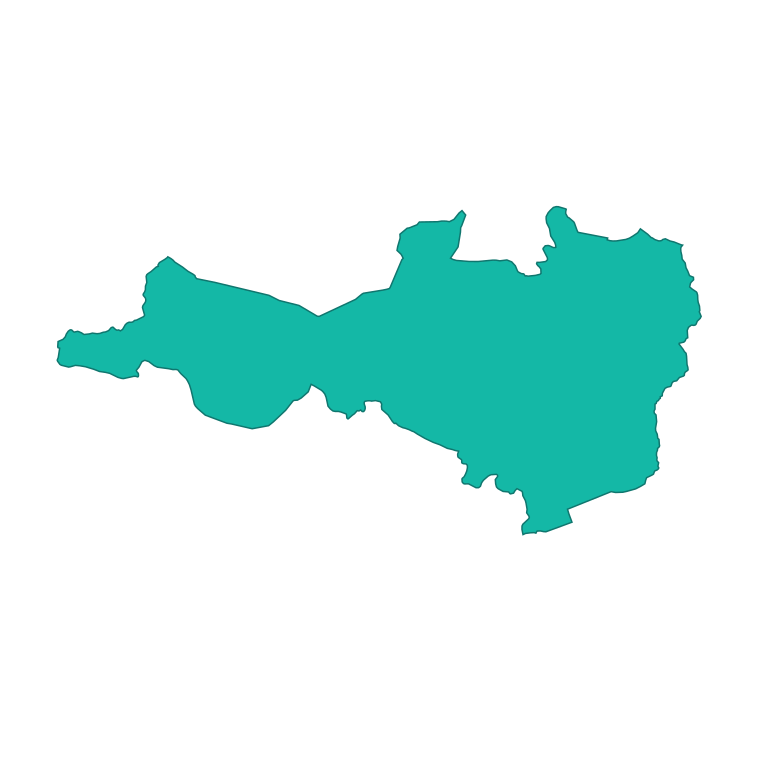 Lomas de Sargentillo, Guayas, Ecuador, rotated 264°
{"feature_id": "8360857B38256129042157", "entity_name": "Lomas de Sargentillo", "entity_type": "district", "adm_level": 2, "iso_a3": "ECU", "parent_name": "Ecuador", "parent_adm1": "Guayas", "projection": "mercator", "projection_center": [-80.083, -1.835], "detail": "fine", "context": "isolated", "style": "filled", "palette": "teal", "viewbox_px": 768, "rotation_deg": 264, "n_neighbors": 0, "source": "geoboundaries", "source_scale": "gbopen_adm2", "svg_char_len": 6141}
<svg xmlns="http://www.w3.org/2000/svg" viewBox="0 0 768 768"><g transform="rotate(264 384 384)"><path d="M533.1,182.3L532.4,181.7L530.9,179.1L528.2,173.3L526.2,171.8L525.2,171.6L524.6,171.8L524.2,169.8L520.1,164.0L518.5,160.9L517.5,159.5L515.9,158.7L509.7,158.7L506.3,157.0L502.5,156.5L500.4,155.4L499.0,154.2L498.1,153.8L497.2,153.9L494.6,155.6L493.1,155.9L491.5,155.7L490.2,155.1L487.2,152.5L486.1,152.0L485.2,151.8L477.5,153.1L476.2,152.1L473.4,144.5L473.3,142.6L471.9,140.5L471.8,139.0L472.1,136.9L471.4,134.8L470.1,133.0L465.6,129.7L464.4,127.4L465.5,125.8L465.4,124.0L466.3,122.7L468.8,120.5L468.9,120.0L468.6,118.6L465.9,115.7L464.9,112.6L464.8,110.1L464.0,106.7L464.0,103.9L465.1,99.3L464.6,96.2L464.6,90.8L466.5,88.5L467.8,86.2L468.4,84.9L468.0,81.4L468.4,80.7L470.3,79.1L470.6,78.3L470.6,77.4L469.5,75.5L466.9,73.3L464.3,72.0L462.0,69.5L460.3,64.3L455.1,63.4L454.2,63.6L453.5,65.2L444.4,62.8L441.9,61.5L440.7,61.8L437.4,63.7L436.4,65.0L433.8,72.1L433.9,73.9L434.8,79.0L433.9,83.4L432.3,89.1L428.9,97.1L426.2,102.3L424.7,108.2L423.3,112.3L418.4,120.1L416.9,123.9L416.6,125.5L417.8,136.1L417.6,137.9L416.8,139.8L417.1,140.4L418.0,140.7L419.8,140.8L420.7,140.5L422.2,139.4L423.5,139.1L426.3,142.0L431.4,145.5L432.5,148.1L432.4,149.0L430.9,152.4L426.3,157.3L424.4,160.4L421.7,171.5L420.4,175.6L420.2,178.7L419.6,180.4L415.6,183.0L410.1,187.7L407.5,189.0L403.8,190.4L398.3,191.5L383.8,193.3L381.7,194.2L379.1,196.1L371.7,203.0L361.4,223.7L360.2,228.1L353.3,248.2L354.6,264.9L357.9,270.0L368.1,283.4L376.5,291.6L377.1,292.7L377.0,296.3L378.7,300.2L384.1,307.8L391.3,311.5L389.4,314.4L384.4,321.0L383.0,322.3L380.2,324.1L376.6,325.1L367.8,326.0L364.7,328.1L362.5,330.4L361.8,332.7L361.5,335.7L360.7,338.1L358.2,343.2L357.3,343.5L354.1,343.5L353.1,344.4L353.1,344.8L356.3,349.3L357.5,351.5L360.3,354.6L359.8,356.3L360.6,358.1L359.0,359.3L358.7,360.2L358.8,361.0L360.0,362.1L361.4,362.7L363.2,362.9L366.0,362.3L367.4,362.3L368.0,362.5L368.8,363.3L369.0,366.2L368.8,368.3L368.3,369.8L368.4,373.8L366.7,378.6L364.3,379.6L361.9,379.1L358.9,379.2L352.7,384.9L345.9,388.4L343.8,390.0L343.5,390.9L343.8,391.7L341.0,394.1L339.9,395.9L338.5,398.3L337.8,400.4L335.9,404.3L334.2,407.0L333.4,408.7L330.6,412.1L325.5,419.2L320.8,426.9L317.7,433.3L313.4,440.2L311.6,445.4L310.5,447.7L309.4,451.2L306.5,449.9L304.6,449.8L303.4,450.1L300.7,453.1L299.7,453.3L298.0,453.1L297.1,453.4L296.4,454.7L295.9,457.3L294.4,458.4L292.0,458.2L288.8,457.2L285.8,455.6L283.4,454.0L282.1,452.1L281.4,451.6L278.4,451.5L276.7,452.6L276.2,453.7L275.9,457.6L271.2,464.7L271.0,467.3L272.2,469.2L275.6,470.8L277.9,472.8L281.6,478.1L282.6,480.8L282.4,486.4L281.6,487.3L280.6,487.4L280.0,487.2L277.3,484.7L273.0,484.6L269.9,485.1L268.2,486.3L267.4,487.3L264.7,491.2L263.6,496.7L261.9,497.7L261.5,498.4L261.9,501.4L264.5,503.4L266.0,505.3L262.9,510.0L261.6,510.4L258.4,510.4L253.3,512.4L250.7,512.8L244.4,513.2L241.0,512.4L237.7,514.2L236.4,514.6L234.9,513.9L230.0,507.4L228.3,506.4L224.9,506.0L219.7,506.5L220.6,509.1L220.7,514.1L220.5,517.8L219.8,519.5L221.1,520.3L221.7,520.9L221.7,521.4L221.5,524.2L220.5,527.3L220.1,529.6L226.9,556.5L235.5,554.3L240.3,553.4L253.2,598.6L251.9,603.0L251.4,610.2L251.8,613.9L253.4,623.3L255.4,628.5L257.5,633.0L261.2,634.3L263.4,635.4L265.4,641.0L266.2,642.6L268.5,643.7L269.4,644.5L269.8,646.4L270.9,648.0L271.8,648.5L273.6,647.8L277.0,648.9L279.1,647.5L280.2,647.4L282.0,647.9L284.6,647.5L287.4,647.9L289.7,649.1L291.3,649.3L292.4,650.8L293.2,651.4L294.3,651.7L294.9,651.5L300.2,651.7L301.3,650.6L305.5,650.5L309.0,649.3L311.6,649.4L318.0,651.2L324.8,651.3L326.7,649.8L328.3,649.7L329.1,649.9L330.6,650.9L335.7,651.4L336.2,652.6L338.2,653.5L338.9,655.2L340.1,656.0L340.9,657.3L342.4,657.4L343.2,659.5L345.7,659.9L350.3,663.0L351.3,665.5L351.6,668.5L352.0,669.2L355.0,670.6L355.7,671.4L356.3,672.3L356.6,675.4L359.6,678.5L360.6,682.7L361.3,683.6L363.0,683.9L364.4,684.9L365.8,687.5L366.4,687.9L368.8,687.9L371.7,687.4L380.1,687.8L383.0,687.6L384.7,686.2L387.3,685.0L392.9,681.6L393.7,681.9L394.3,686.6L395.5,688.1L397.0,688.8L397.8,689.7L398.2,690.9L405.6,691.2L408.5,692.7L410.2,695.4L410.4,696.2L409.9,698.3L410.2,699.9L411.0,700.7L413.7,702.1L416.2,705.3L418.1,706.5L422.9,705.1L424.1,705.8L428.5,705.9L432.4,705.0L435.1,704.9L439.6,705.2L442.3,704.7L443.1,704.1L446.2,700.4L448.6,698.1L452.1,699.3L453.1,700.1L455.3,702.8L457.8,702.9L459.5,699.7L460.1,699.1L464.5,697.9L468.1,696.5L472.8,696.2L477.0,693.6L480.7,693.6L484.7,693.1L487.3,693.2L488.9,693.6L490.9,695.5L491.4,694.0L494.9,687.4L496.3,683.5L499.0,679.0L498.6,676.4L497.7,675.1L497.5,673.7L497.6,672.1L499.3,668.5L501.2,666.2L501.8,664.9L505.4,661.9L511.5,655.2L507.9,652.2L505.2,647.2L503.4,643.3L502.5,639.6L502.0,630.0L502.3,626.5L502.9,623.7L504.1,621.0L505.8,621.7L514.5,593.0L515.0,592.6L516.8,592.0L524.2,590.2L525.5,589.6L530.0,585.3L530.7,584.1L534.6,582.5L536.6,582.8L538.8,583.5L539.4,582.5L542.1,575.9L542.4,573.8L541.9,570.9L539.3,567.5L537.2,565.2L533.6,562.8L531.2,562.5L527.3,562.6L521.4,564.8L513.7,565.3L507.0,568.6L504.2,569.2L502.0,569.2L501.8,568.9L502.0,566.6L504.1,563.1L504.6,561.7L504.6,558.8L502.4,556.5L502.0,556.3L501.3,556.3L492.7,559.6L491.0,559.7L490.0,559.1L488.9,557.5L488.7,551.8L489.0,548.9L487.6,548.3L485.7,549.3L484.3,550.6L482.0,552.0L477.6,551.7L476.8,550.6L476.2,545.9L476.2,542.9L476.2,538.5L476.7,537.1L476.7,535.7L478.9,534.5L479.5,532.0L481.5,529.1L482.7,528.5L487.8,527.0L492.1,523.8L494.5,519.2L494.4,512.0L495.4,508.5L495.8,505.3L496.0,490.3L497.0,481.2L499.3,469.0L500.6,465.7L502.2,463.3L512.6,472.0L527.0,475.9L531.5,476.6L533.3,477.8L543.5,482.9L548.3,479.7L546.2,476.5L540.4,470.8L538.6,466.0L539.4,463.1L539.8,460.5L540.0,458.2L539.8,454.2L541.4,436.1L538.9,433.5L536.6,425.2L536.5,423.3L531.3,415.5L527.4,415.3L519.3,412.0L515.5,410.9L511.4,414.4L509.8,415.2L507.0,416.2L505.8,414.8L479.4,400.2L478.4,399.3L477.9,396.7L477.5,392.5L476.4,373.0L475.7,371.4L471.1,364.5L458.0,326.6L458.4,324.7L471.0,307.7L478.0,288.5L484.2,278.9L502.8,226.2L508.3,208.7L510.1,207.5L511.6,207.3L513.3,205.4L516.6,200.8L521.3,195.9L527.1,188.7L529.4,187.0L531.2,185.0L533.1,182.3Z" fill="#14b8a6" stroke="#0f766e" stroke-width="1.5"/></g></svg>